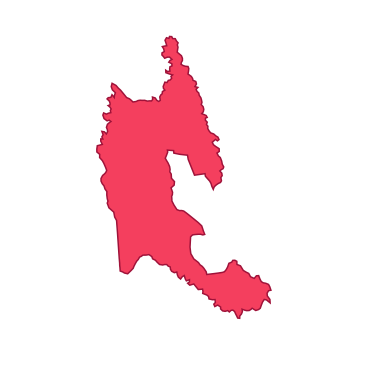 Marialva, Paraná, Brazil (Natural Earth projection), rotated 130°
{"feature_id": "56859067B62732144056511", "entity_name": "Marialva", "entity_type": "district", "adm_level": 2, "iso_a3": "BRA", "parent_name": "Brazil", "parent_adm1": "Paraná", "projection": "natural_earth1", "projection_center": [-51.888, -23.498], "detail": "fine", "context": "isolated", "style": "filled", "palette": "rose", "viewbox_px": 384, "rotation_deg": 130, "n_neighbors": 0, "source": "geoboundaries", "source_scale": "gbopen_adm2", "svg_char_len": 4862}
<svg xmlns="http://www.w3.org/2000/svg" viewBox="0 0 384 384"><g transform="rotate(130 192 192)"><path d="M216.5,68.4L214.5,71.7L213.6,74.0L214.5,76.8L215.8,79.1L216.1,81.4L214.9,84.2L213.2,87.2L214.8,88.8L218.2,88.8L219.3,92.7L217.9,96.2L218.6,99.0L219.1,102.3L217.4,107.4L218.6,111.0L216.3,113.1L216.7,115.2L218.1,116.8L220.2,116.5L222.9,117.9L226.6,116.5L229.4,115.9L232.2,115.9L233.9,116.9L236.9,119.5L240.7,123.0L245.7,127.7L244.0,129.8L242.8,133.9L242.4,136.3L242.6,139.1L241.9,141.7L242.1,147.7L241.2,150.0L240.0,153.3L235.5,158.1L227.2,164.3L224.5,164.0L222.7,162.4L220.3,160.0L218.9,158.3L217.9,156.1L216.3,155.0L214.5,158.3L212.9,160.8L211.7,162.8L211.4,167.8L211.6,179.8L211.7,182.9L211.9,186.1L212.9,188.1L214.2,189.5L215.2,192.2L213.6,197.4L211.8,201.6L209.7,203.5L208.4,204.8L206.7,205.3L204.7,206.7L202.3,210.7L198.2,210.1L195.3,212.1L194.7,216.5L191.6,219.5L190.8,222.0L188.8,223.3L186.9,225.5L185.2,228.9L184.3,231.6L183.3,234.2L180.6,235.0L177.0,236.3L175.7,237.8L174.0,235.3L172.1,232.7L173.9,230.9L171.0,225.6L166.7,219.1L169.5,215.8L177.5,200.9L169.6,193.8L171.3,191.9L171.7,189.4L172.3,185.4L173.3,182.8L174.8,180.6L176.3,177.4L174.2,178.2L172.4,178.2L170.6,177.9L168.5,177.3L166.4,176.3L164.5,176.6L162.4,179.2L160.1,179.4L158.4,181.3L158.0,184.2L156.0,183.9L154.2,183.2L152.4,183.8L151.3,186.6L149.2,189.2L147.4,192.5L147.4,195.0L146.1,197.9L143.4,197.2L141.4,199.0L141.9,203.3L142.0,206.0L140.8,208.5L138.6,208.1L136.6,207.8L136.5,205.4L134.5,205.0L133.3,207.4L133.7,209.8L133.6,212.7L134.7,215.7L134.2,218.3L133.2,220.8L131.4,222.1L131.0,224.3L128.7,225.2L128.4,227.9L126.7,229.2L125.1,228.3L124.3,230.3L124.9,232.4L125.7,234.9L123.3,234.9L121.1,236.1L119.5,238.3L119.1,241.1L116.9,242.0L115.3,244.0L114.1,245.8L113.3,248.6L111.8,250.5L111.7,252.8L110.7,254.9L108.1,254.7L109.4,257.5L106.4,258.0L104.9,260.1L105.8,263.1L104.6,264.6L103.9,266.8L104.2,270.9L101.9,272.2L99.5,273.8L98.4,275.7L100.0,278.0L100.9,280.3L101.2,282.5L99.4,283.5L97.5,283.8L95.7,285.3L94.4,287.7L94.4,290.8L94.4,293.2L91.8,294.8L90.1,295.8L88.7,297.9L86.7,298.5L86.3,301.0L85.3,303.4L86.9,305.4L86.0,307.4L87.3,309.2L89.2,308.4L90.2,310.7L93.1,310.2L94.8,307.4L96.2,305.4L98.2,307.1L99.7,308.2L100.5,305.8L102.2,303.5L104.7,304.4L106.4,303.1L106.6,301.0L107.1,298.9L104.6,297.6L103.1,295.9L103.3,292.6L105.4,293.4L107.5,293.2L106.7,289.9L108.3,288.4L110.2,289.4L112.0,288.3L113.6,286.6L115.4,288.2L115.6,290.4L117.4,288.7L116.3,285.6L114.8,282.1L117.0,282.4L117.9,280.7L120.2,280.7L121.7,281.9L124.2,281.5L125.3,283.4L127.2,282.7L129.7,281.9L131.0,280.4L131.4,278.3L134.1,279.2L135.9,278.0L137.7,278.3L139.9,277.8L142.2,275.2L144.0,275.7L144.4,277.9L143.6,280.6L144.7,283.3L146.3,281.7L148.2,281.5L149.4,283.0L151.1,284.7L152.2,287.2L153.8,289.0L155.0,290.7L156.6,292.1L158.6,293.0L161.0,295.1L160.8,297.5L160.8,299.9L161.7,302.8L160.7,307.9L159.9,312.3L159.8,315.2L159.2,318.7L160.1,323.1L163.2,321.6L164.9,318.7L165.2,314.5L167.7,313.6L169.6,312.3L168.9,315.8L171.7,315.0L173.6,316.8L175.3,316.9L175.5,313.8L176.6,311.9L178.0,310.8L179.7,311.8L179.7,309.3L180.4,307.3L182.1,306.9L183.4,305.2L185.4,306.7L187.4,307.7L188.2,310.5L190.4,309.7L192.3,306.6L192.1,302.8L190.2,301.6L190.1,299.4L192.0,299.9L194.5,300.3L197.5,299.1L198.6,297.0L199.9,295.5L202.6,294.9L202.2,297.7L203.5,300.0L205.3,296.9L207.7,296.5L208.7,294.4L210.0,296.0L211.7,294.6L213.2,291.3L215.2,292.7L217.4,294.3L220.3,292.5L222.5,290.6L222.5,286.9L225.0,284.9L225.6,280.8L226.7,278.0L228.7,274.0L230.3,271.2L232.6,270.6L234.6,270.7L236.8,271.1L240.1,270.4L242.1,268.7L243.3,266.2L243.9,263.3L245.6,260.6L246.4,257.5L249.1,255.3L251.7,252.5L253.0,250.5L255.0,249.8L257.5,245.5L257.7,239.0L260.9,235.1L262.3,231.5L271.2,222.8L289.8,204.9L292.9,201.8L294.8,200.1L296.3,198.5L298.7,196.2L297.8,193.8L297.5,191.7L296.0,188.7L291.4,188.2L288.3,188.0L286.3,188.7L283.3,189.4L280.5,189.9L278.1,189.8L275.6,190.3L273.9,189.5L271.9,189.0L269.8,186.6L267.6,184.7L267.3,181.3L268.5,179.2L267.8,176.1L268.2,173.6L268.4,170.3L266.8,167.6L265.1,166.3L263.8,164.7L264.1,162.6L263.4,160.5L265.0,158.9L265.8,156.7L265.2,153.7L263.1,152.2L264.9,149.9L266.0,147.7L266.0,144.8L263.2,145.0L261.0,144.3L263.0,141.1L263.7,139.2L260.8,137.6L262.6,136.1L264.7,136.7L264.8,133.8L261.3,131.5L262.1,127.5L262.7,124.5L261.2,123.0L259.6,121.5L261.1,119.7L262.8,118.6L261.4,114.4L261.4,112.2L263.0,110.2L261.4,107.1L259.6,105.2L261.6,103.1L263.9,103.2L265.1,100.9L262.1,99.6L261.7,96.2L263.2,94.9L263.4,92.1L262.1,89.9L259.9,88.4L259.9,86.3L257.6,86.0L256.2,84.8L256.2,82.5L257.2,80.5L258.2,78.1L259.2,76.0L258.1,74.3L256.2,75.7L253.6,75.7L251.3,76.5L249.6,78.3L248.6,75.5L247.7,73.8L246.0,72.0L244.2,71.4L242.4,71.2L241.8,67.0L239.2,65.4L237.2,65.0L233.7,66.3L231.0,67.2L227.9,67.6L226.8,65.7L226.7,60.9L224.2,63.3L223.2,67.5L221.3,69.4L218.4,69.9L216.5,68.4Z" fill="#f43f5e" stroke="#9f1239" stroke-width="1.5"/></g></svg>